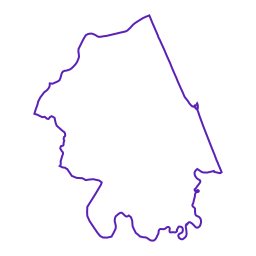 outline of Sai Buri, Pattani, Thailand
{"feature_id": "78962969B50948303321552", "entity_name": "Sai Buri", "entity_type": "district", "adm_level": 2, "iso_a3": "THA", "parent_name": "Thailand", "parent_adm1": "Pattani", "projection": "equal_earth", "projection_center": [101.61, 6.703], "detail": "fine", "context": "isolated", "style": "outline", "palette": "violet", "viewbox_px": 256, "rotation_deg": 0, "n_neighbors": 0, "source": "geoboundaries", "source_scale": "gbopen_adm2", "svg_char_len": 5875}
<svg xmlns="http://www.w3.org/2000/svg" viewBox="0 0 256 256"><path d="M187.4,224.1L187.7,223.4L187.8,223.2L188.2,222.9L188.8,222.4L189.1,222.2L189.4,222.2L190.1,222.3L190.7,222.7L191.5,223.1L192.3,223.7L193.4,224.8L195.0,226.5L195.6,227.1L196.3,227.5L196.9,227.7L197.4,227.7L197.8,227.6L198.3,227.3L199.3,226.6L199.7,226.2L200.1,225.6L200.3,224.9L200.6,224.1L201.0,222.5L201.1,221.5L201.0,220.9L201.0,220.4L200.8,219.7L200.6,219.1L200.4,218.7L200.0,218.0L199.5,217.4L198.8,216.8L197.1,216.1L196.3,215.6L195.8,215.1L195.5,214.7L195.3,214.1L195.1,212.3L195.0,211.6L195.1,210.5L195.0,209.3L195.0,208.8L194.9,208.5L194.7,208.1L194.5,207.9L194.0,207.4L193.3,206.9L192.9,206.5L192.6,206.0L192.5,205.8L192.4,205.4L192.4,205.1L192.4,204.8L193.3,202.9L193.5,202.1L193.9,200.0L194.7,197.2L194.8,196.8L194.9,195.6L195.0,194.7L195.2,193.8L195.5,193.2L195.8,192.7L196.1,192.3L196.6,192.2L197.8,192.0L198.1,191.9L198.3,191.8L198.6,191.6L198.8,191.2L198.7,190.8L198.6,190.5L198.2,190.2L197.8,190.1L197.5,190.1L197.3,190.2L196.6,190.8L196.0,191.2L195.9,191.2L195.5,191.1L195.0,190.8L194.8,190.5L194.6,189.6L194.6,189.4L194.7,189.2L195.7,188.5L195.9,188.2L197.5,185.9L199.1,183.9L199.9,182.7L200.2,181.9L200.3,181.4L200.2,180.9L200.1,180.6L200.0,180.4L199.7,180.1L199.2,179.8L197.9,179.1L197.3,178.7L196.9,178.3L196.2,177.5L195.5,176.5L195.2,176.0L195.0,175.4L194.7,174.6L194.6,174.1L194.6,173.5L194.6,172.9L194.6,172.4L194.9,171.7L195.1,171.3L195.8,170.4L197.3,169.0L201.9,172.1L204.0,172.5L207.5,172.5L213.9,171.0L214.3,171.9L220.1,173.2L221.6,172.2L220.1,168.5L218.2,164.1L217.6,162.4L216.7,160.6L215.7,157.9L215.4,157.1L214.4,154.4L213.0,150.9L212.7,150.2L212.1,148.8L203.5,126.8L199.2,115.1L198.5,112.8L197.9,111.1L197.4,110.1L197.4,109.7L197.8,107.9L197.9,106.9L197.8,105.6L197.5,104.2L197.3,103.7L197.1,103.3L196.9,103.6L197.1,104.0L197.4,105.0L197.6,106.9L197.5,107.8L197.3,109.0L197.2,109.4L195.5,108.3L195.4,108.0L195.3,107.7L195.0,107.2L194.9,107.0L194.8,106.8L194.8,106.6L195.4,105.5L195.3,105.2L195.1,105.2L194.3,106.7L194.1,106.8L193.4,106.4L193.2,106.3L192.8,106.5L192.5,106.5L192.1,106.2L191.7,105.8L191.3,105.6L190.4,104.5L189.5,103.6L188.6,102.1L187.2,100.1L185.8,98.4L184.9,97.3L184.3,96.2L182.6,92.1L182.0,91.0L181.9,90.6L180.8,88.3L177.3,80.3L176.6,78.5L176.0,77.0L175.4,75.8L173.7,71.9L172.3,68.6L171.5,66.7L170.8,64.8L170.0,62.9L166.4,54.9L164.9,51.2L163.2,47.4L161.1,42.9L159.9,40.1L158.5,37.5L157.9,35.6L156.2,31.6L153.8,26.1L152.0,22.0L151.2,19.9L149.3,15.4L148.2,15.9L146.2,16.6L142.8,18.2L141.0,19.3L135.3,22.9L133.3,24.5L131.6,26.3L130.4,27.7L127.4,30.5L125.7,31.4L120.0,32.7L114.2,34.1L112.0,34.6L106.1,36.0L103.9,36.2L101.7,36.6L100.0,36.8L98.3,36.8L95.1,34.9L93.3,34.1L91.6,33.6L89.4,33.7L87.7,34.2L85.9,35.1L84.4,37.5L83.3,39.4L78.5,49.0L78.4,51.7L78.8,54.2L79.0,56.9L78.2,59.3L77.2,61.7L76.1,63.5L74.8,65.1L73.1,66.9L71.5,68.4L69.8,69.5L68.1,70.1L66.4,70.6L64.6,70.8L63.8,71.2L63.0,71.5L61.9,73.0L61.1,75.5L60.5,77.9L59.5,80.2L57.8,81.4L56.2,82.1L52.6,83.7L49.8,83.4L49.6,86.3L48.7,88.1L47.2,90.0L45.6,91.2L43.9,92.6L42.1,95.1L40.5,97.1L38.1,101.7L37.6,104.2L35.3,110.7L34.4,113.8L37.3,114.7L39.9,116.0L42.3,117.2L44.7,116.8L46.9,118.7L48.6,118.9L49.9,117.2L51.5,116.2L53.1,116.9L54.6,117.9L55.1,120.5L55.7,123.1L56.7,125.7L61.1,129.6L62.8,131.1L64.4,132.2L65.1,133.8L65.2,135.6L64.9,136.3L64.1,136.9L63.7,138.5L63.7,139.4L64.2,140.4L64.2,141.2L63.8,141.7L63.6,142.8L63.6,144.3L63.5,144.9L62.9,145.7L61.2,146.0L60.7,146.7L60.4,147.7L60.3,148.6L61.9,151.2L62.7,152.1L63.0,152.9L63.0,153.7L62.9,154.1L62.0,156.7L60.6,161.4L60.6,161.6L60.8,162.8L60.6,164.8L60.2,165.7L59.8,166.0L62.5,167.4L65.1,167.7L66.4,168.8L67.2,169.0L71.8,175.9L76.7,177.9L82.3,178.2L85.8,180.1L89.6,179.5L93.3,179.2L99.1,180.5L101.1,181.9L101.7,182.4L101.0,184.6L95.8,193.4L87.3,206.9L87.1,212.2L87.3,216.0L89.6,221.1L93.6,227.1L97.5,232.8L100.3,236.2L103.1,237.5L107.3,237.6L111.5,236.6L113.4,233.2L115.2,229.6L115.5,228.9L115.7,228.1L115.8,226.8L115.8,226.2L115.7,225.4L115.4,224.0L114.8,221.7L114.7,220.8L114.7,220.5L114.9,218.6L115.1,217.9L115.4,217.0L115.6,216.6L115.8,216.3L117.4,214.9L118.3,214.1L119.6,213.2L120.0,213.0L120.8,212.8L121.3,212.7L121.7,212.8L122.4,213.2L123.3,214.0L125.1,215.8L125.8,216.3L126.4,216.5L126.9,216.5L127.4,216.4L128.1,216.0L128.8,215.5L131.0,217.3L132.2,220.7L132.6,226.1L133.7,228.7L134.1,229.6L135.0,231.3L135.7,232.7L136.0,233.1L137.0,233.8L137.7,234.4L139.4,235.9L140.1,236.6L140.5,236.5L141.7,236.9L142.9,237.2L145.3,237.4L146.1,237.5L146.4,237.7L146.9,237.9L147.5,238.3L149.0,239.4L150.0,240.0L150.8,240.4L151.2,240.5L152.5,240.6L153.3,240.6L153.8,240.5L154.2,240.3L154.8,239.8L155.3,239.3L155.9,238.5L156.5,237.6L157.0,236.3L158.2,234.0L158.4,233.5L158.5,232.7L158.7,231.0L158.9,230.3L159.3,229.8L159.7,229.3L160.1,229.1L160.7,229.0L162.0,229.1L163.7,229.1L164.3,229.1L165.1,228.7L166.4,227.7L166.9,227.3L167.3,227.1L167.9,227.0L168.4,227.0L168.9,227.2L169.2,227.4L169.4,227.7L169.7,228.2L169.7,228.5L169.7,229.3L169.5,230.7L169.6,231.2L169.6,231.6L169.7,231.9L170.0,232.2L170.5,232.4L170.8,232.4L172.7,232.2L173.5,232.2L174.9,232.4L175.3,232.4L175.6,232.3L176.4,231.8L176.7,231.5L176.9,231.3L177.0,231.0L177.0,230.7L176.8,230.0L176.8,229.9L177.0,229.5L177.6,228.6L178.3,227.2L178.6,226.8L178.8,226.6L179.2,226.6L180.2,226.6L180.9,226.8L181.5,227.1L181.8,227.2L182.1,227.5L182.3,227.7L182.7,228.6L182.8,229.0L182.8,229.6L182.8,230.5L182.8,230.8L182.6,231.3L182.3,232.1L182.0,232.4L181.8,232.6L180.9,233.2L179.6,233.7L179.2,234.0L178.8,234.4L178.6,234.8L178.4,235.1L178.4,235.4L178.3,235.8L178.5,236.5L178.9,237.4L179.1,237.9L179.3,238.1L179.8,238.3L180.6,239.0L181.0,239.1L182.1,239.3L182.7,239.2L184.3,238.1L185.3,237.1L186.0,236.2L186.1,235.8L186.4,235.1L186.5,234.4L186.6,233.9L186.5,232.4L186.4,230.9L185.8,226.9L185.8,225.5L185.9,225.1L186.1,224.7L186.3,224.3L187.1,223.8L187.4,224.1Z" fill="none" stroke="#5b21b6" stroke-width="2"/></svg>